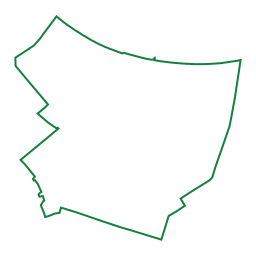 outline of Al Manshiyya, Al Iskandariyah, Egypt
{"feature_id": "37247803B47768996612794", "entity_name": "Al Manshiyya", "entity_type": "district", "adm_level": 2, "iso_a3": "EGY", "parent_name": "Egypt", "parent_adm1": "Al Iskandariyah", "projection": "robinson", "projection_center": [29.892, 31.198], "detail": "fine", "context": "isolated", "style": "outline", "palette": "green", "viewbox_px": 256, "rotation_deg": 0, "n_neighbors": 0, "source": "geoboundaries", "source_scale": "gbopen_adm2", "svg_char_len": 5480}
<svg xmlns="http://www.w3.org/2000/svg" viewBox="0 0 256 256"><path d="M205.7,182.7L207.4,181.6L209.8,180.1L211.3,178.4L212.2,177.5L215.3,167.4L219.1,156.4L219.7,154.8L229.5,126.4L231.6,115.7L234.9,97.7L240.6,60.0L240.1,60.1L239.7,60.2L239.2,60.3L238.8,60.5L238.3,60.5L237.9,60.6L237.6,60.7L237.2,60.8L236.8,60.8L236.5,60.9L236.2,60.9L235.9,61.0L235.6,61.0L235.3,61.1L235.0,61.1L234.8,61.1L234.5,61.2L234.2,61.2L234.0,61.3L233.7,61.3L233.4,61.3L233.2,61.3L232.9,61.4L232.6,61.4L232.3,61.5L231.9,61.5L231.6,61.6L231.2,61.6L230.8,61.7L230.4,61.8L230.0,61.8L229.5,61.9L229.1,62.0L228.6,62.0L228.1,62.1L227.6,62.2L227.1,62.2L226.6,62.3L226.2,62.4L225.7,62.5L225.2,62.5L224.8,62.6L224.3,62.7L223.9,62.7L223.5,62.7L223.1,62.8L222.7,62.9L222.4,62.9L222.0,63.0L221.7,63.0L221.4,63.1L221.1,63.1L220.7,63.2L220.4,63.2L220.0,63.2L219.6,63.3L219.2,63.3L218.7,63.3L218.2,63.3L217.7,63.4L217.2,63.4L216.7,63.4L216.2,63.5L215.6,63.5L215.1,63.6L214.5,63.6L213.9,63.6L213.4,63.7L212.8,63.7L212.2,63.7L211.6,63.8L211.0,63.8L210.3,63.9L209.7,63.9L209.1,63.9L208.5,64.0L207.9,64.0L207.2,64.0L206.6,64.0L206.0,64.0L205.4,64.1L204.9,64.1L204.3,64.1L203.7,64.1L203.2,64.1L202.7,64.1L202.2,64.1L201.8,64.1L201.3,64.1L200.9,64.1L200.5,64.1L200.1,64.1L199.7,64.1L199.3,64.1L198.9,64.1L198.5,64.1L198.1,64.1L197.7,64.1L197.3,64.1L196.8,64.1L196.4,64.1L196.0,64.1L195.6,64.1L195.2,64.1L194.8,64.1L194.4,64.1L194.1,64.1L193.7,64.1L193.3,64.1L192.9,64.1L192.6,64.0L192.2,64.0L191.8,64.0L191.4,64.0L191.0,64.0L190.7,64.0L190.3,64.0L190.0,63.9L189.7,63.9L189.4,63.9L189.1,63.9L188.9,63.9L188.7,63.9L188.0,63.9L187.8,63.9L187.6,63.8L187.4,63.8L187.1,63.8L186.9,63.8L186.6,63.8L186.4,63.8L186.1,63.8L185.9,63.8L185.6,63.7L185.3,63.7L185.1,63.7L184.8,63.7L184.5,63.6L184.2,63.6L183.9,63.6L183.6,63.6L183.3,63.6L182.9,63.5L182.6,63.5L182.3,63.5L181.9,63.4L181.6,63.4L181.3,63.4L180.9,63.4L180.6,63.4L180.3,63.3L180.0,63.3L179.7,63.3L179.4,63.3L179.1,63.2L178.8,63.2L178.6,63.2L178.3,63.1L178.1,63.1L177.9,63.1L177.6,63.1L177.4,63.1L177.2,63.1L176.7,63.0L176.4,63.0L176.2,63.0L175.9,63.0L175.6,62.9L175.3,62.9L175.0,62.9L174.6,62.8L174.3,62.9L174.0,62.8L173.6,62.8L173.3,62.7L172.9,62.7L172.6,62.7L172.2,62.6L171.8,62.6L171.3,62.5L170.9,62.5L170.4,62.4L170.0,62.4L169.5,62.3L169.0,62.3L168.5,62.2L168.1,62.2L167.6,62.1L167.1,62.1L166.7,62.0L166.2,62.0L165.8,61.9L165.3,61.8L164.9,61.8L164.4,61.7L164.0,61.7L163.5,61.6L163.1,61.5L162.6,61.5L162.2,61.5L161.7,61.4L161.3,61.3L160.9,61.3L160.6,61.2L160.2,61.2L159.9,61.1L159.6,61.1L159.4,61.1L159.1,61.0L158.9,61.0L158.6,60.9L158.3,60.9L158.1,60.8L157.8,60.8L157.6,60.7L157.3,60.7L157.0,60.6L156.7,60.6L156.4,60.6L156.1,60.5L155.8,60.5L155.6,60.4L155.3,60.4L155.1,60.3L154.9,60.1L154.8,59.9L154.7,59.4L154.7,59.0L154.8,58.7L154.8,58.2L154.7,57.7L154.5,57.8L154.4,58.1L154.4,58.6L154.3,59.0L154.2,59.5L154.1,59.8L153.9,60.0L153.7,59.9L153.5,59.7L153.3,59.6L153.0,59.6L152.8,59.5L152.6,59.5L152.4,59.6L152.1,59.6L151.8,59.7L151.5,59.7L151.2,59.6L150.9,59.6L150.6,59.6L150.3,59.5L150.1,59.5L149.7,59.4L149.3,59.3L149.0,59.2L148.7,59.2L148.3,59.1L147.9,59.1L147.5,58.9L147.0,58.9L146.4,58.8L145.9,58.7L145.3,58.5L144.7,58.4L144.1,58.3L143.5,58.1L142.9,58.0L142.2,57.8L141.6,57.7L141.0,57.5L140.4,57.3L139.7,57.1L139.1,57.0L138.4,56.8L137.7,56.6L137.0,56.4L136.3,56.2L135.6,56.1L135.0,55.9L134.3,55.7L133.7,55.5L133.0,55.4L132.5,55.2L131.9,55.1L131.4,55.0L131.0,54.8L130.5,54.7L130.1,54.6L129.8,54.5L129.5,54.4L129.2,54.3L128.9,54.3L128.7,54.2L128.2,54.1L127.8,53.9L127.6,53.9L127.3,53.8L127.0,53.7L126.7,53.6L126.4,53.5L126.1,53.4L125.8,53.3L125.5,53.3L125.2,53.2L124.6,53.0L124.2,52.9L123.8,53.0L123.5,53.2L123.3,53.3L123.0,53.4L122.7,53.3L122.4,53.3L122.1,53.2L121.7,53.1L121.3,53.0L120.8,52.8L120.2,52.6L119.7,52.4L119.0,52.2L118.3,52.0L117.6,51.7L116.9,51.4L116.1,51.1L115.3,50.9L114.4,50.5L113.6,50.2L112.7,49.9L111.8,49.5L110.9,49.2L110.0,48.9L109.1,48.5L108.2,48.1L107.4,47.8L106.5,47.4L105.6,47.1L104.7,46.7L103.8,46.3L103.0,46.0L102.1,45.5L101.3,45.2L100.5,44.8L99.7,44.5L99.0,44.1L98.2,43.7L97.5,43.4L96.8,43.0L96.1,42.7L95.5,42.3L94.8,42.0L94.2,41.6L93.5,41.3L92.9,41.0L92.2,40.6L91.6,40.3L90.9,39.9L90.3,39.5L89.6,39.1L88.9,38.7L88.2,38.3L87.4,37.8L86.7,37.4L85.9,36.9L85.1,36.4L84.3,36.0L83.5,35.5L82.6,35.0L81.8,34.5L81.0,34.0L80.2,33.4L79.4,32.9L78.6,32.4L77.8,31.9L77.0,31.4L76.2,30.9L75.4,30.4L74.6,29.9L73.9,29.4L73.2,28.9L72.5,28.4L71.9,28.0L71.3,27.6L70.7,27.2L70.2,26.8L69.7,26.5L69.3,26.3L68.8,25.9L68.4,25.7L68.0,25.4L67.6,25.1L67.2,24.8L66.7,24.5L66.2,24.1L65.7,23.7L65.2,23.3L64.6,22.9L64.0,22.5L63.4,22.0L62.8,21.5L62.1,21.0L61.5,20.4L60.8,19.9L60.1,19.4L59.5,18.8L58.8,18.3L58.2,17.8L57.7,17.4L57.2,17.0L56.8,16.7L56.5,16.4L43.0,34.4L40.4,38.2L33.9,45.5L27.9,49.5L15.4,57.7L15.5,64.2L15.5,65.3L15.8,66.2L26.8,79.4L48.0,104.5L46.6,105.8L45.4,107.1L37.6,113.6L48.6,123.0L55.9,127.9L56.5,128.5L57.4,127.7L58.5,128.5L36.2,147.0L35.4,147.6L28.7,153.2L20.6,159.9L22.8,162.1L25.0,164.5L32.2,173.3L34.9,176.6L33.0,178.9L33.8,180.5L35.1,180.3L38.2,184.6L38.3,185.2L41.4,191.9L40.5,192.4L38.7,194.1L38.9,195.7L39.6,196.7L42.8,196.0L44.3,200.6L43.0,201.4L41.9,203.6L40.8,205.0L41.4,206.7L44.1,213.1L45.2,217.0L48.5,216.1L54.8,213.6L57.4,213.2L59.5,212.9L61.0,207.6L77.5,212.7L101.9,221.1L119.7,227.0L132.7,230.8L133.5,231.1L161.3,239.6L162.6,235.7L168.2,217.4L168.7,216.1L168.9,215.8L177.2,210.9L184.9,205.7L182.1,201.0L181.7,200.4L181.2,199.6L180.6,198.6L190.9,191.9L191.6,191.4L195.3,189.1L205.7,182.7Z" fill="none" stroke="#15803d" stroke-width="2"/></svg>